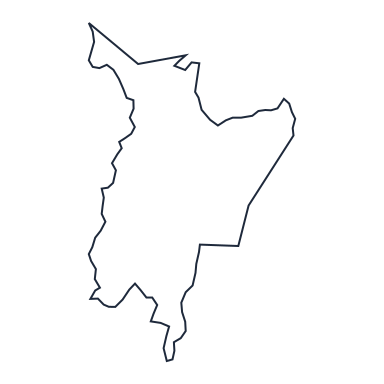 Divina Pastora, Sergipe, Brazil (Equal Earth projection)
{"feature_id": "56859067B98111685296197", "entity_name": "Divina Pastora", "entity_type": "district", "adm_level": 2, "iso_a3": "BRA", "parent_name": "Brazil", "parent_adm1": "Sergipe", "projection": "equal_earth", "projection_center": [-37.165, -10.679], "detail": "fine", "context": "isolated", "style": "outline", "palette": "slate", "viewbox_px": 384, "rotation_deg": 0, "n_neighbors": 0, "source": "geoboundaries", "source_scale": "gbopen_adm2", "svg_char_len": 1290}
<svg xmlns="http://www.w3.org/2000/svg" viewBox="0 0 384 384"><path d="M289.2,103.6L283.9,98.8L277.5,108.4L271.0,110.3L265.3,110.0L258.4,111.0L252.3,115.8L240.9,117.7L232.6,117.7L225.9,120.3L217.9,125.5L210.1,119.8L201.6,109.8L198.5,97.6L195.1,91.9L199.3,63.3L191.6,62.4L185.2,70.0L174.4,65.8L179.4,60.7L185.7,55.3L138.1,64.0L88.8,23.0L92.7,31.6L94.1,41.9L88.8,60.3L92.7,66.9L99.4,68.1L106.8,64.8L113.4,69.8L118.9,78.9L123.3,89.0L126.7,97.9L133.4,100.2L133.6,108.7L129.8,117.7L134.8,127.0L131.2,133.8L124.8,138.3L119.2,141.9L121.7,148.2L117.3,154.3L112.0,163.2L115.9,170.3L113.1,182.9L107.9,187.7L101.7,188.6L103.8,197.6L102.6,206.2L101.7,213.9L105.4,221.7L100.7,230.7L95.2,237.7L92.3,247.2L88.8,254.1L91.1,261.0L95.9,269.1L94.8,279.1L99.9,287.7L95.2,290.5L90.4,298.9L97.9,298.6L103.7,304.6L108.8,306.8L115.3,306.9L122.6,299.6L129.3,289.6L135.0,283.6L140.5,290.0L146.4,297.5L152.2,297.5L157.2,305.0L153.6,313.6L150.8,321.4L160.6,322.9L169.1,326.5L166.4,336.0L163.6,348.2L166.8,361.0L172.5,359.4L174.4,350.8L173.9,342.2L180.8,338.1L185.7,331.0L185.2,321.7L182.1,312.1L181.3,302.7L185.7,292.2L192.6,285.5L195.5,272.9L196.3,263.9L199.0,252.0L199.9,244.6L238.3,246.0L248.6,205.5L293.5,135.5L292.7,128.1L295.2,118.8L291.9,112.1L289.2,103.6Z" fill="none" stroke="#1e293b" stroke-width="2"/></svg>